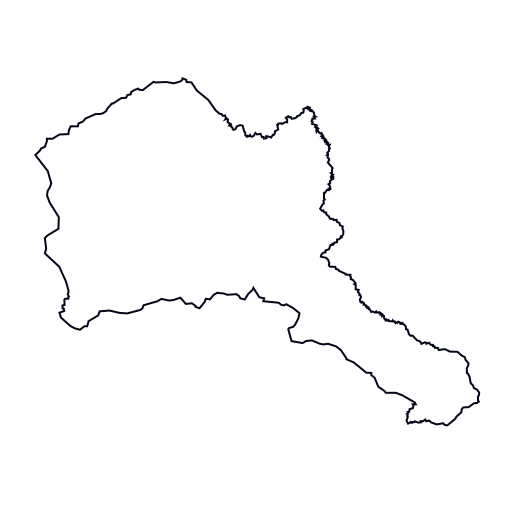 the district of Non Sa-At, Udon Thani, Thailand, rotated 176°
{"feature_id": "78962969B30121377049744", "entity_name": "Non Sa-At", "entity_type": "district", "adm_level": 2, "iso_a3": "THA", "parent_name": "Thailand", "parent_adm1": "Udon Thani", "projection": "mercator", "projection_center": [102.818, 16.969], "detail": "fine", "context": "isolated", "style": "outline", "palette": "ink", "viewbox_px": 512, "rotation_deg": 176, "n_neighbors": 0, "source": "geoboundaries", "source_scale": "gbopen_adm2", "svg_char_len": 6074}
<svg xmlns="http://www.w3.org/2000/svg" viewBox="0 0 512 512"><g transform="rotate(176 256 256)"><path d="M326.1,434.0L333.1,435.8L343.9,436.1L346.1,436.9L357.5,429.3L360.9,430.0L361.8,431.2L365.7,430.1L369.1,428.3L369.7,426.0L373.1,425.5L374.5,422.9L379.4,422.9L388.0,418.1L389.1,418.2L394.1,413.3L395.5,410.9L398.2,409.3L401.3,408.5L406.1,408.8L416.6,405.0L419.3,402.2L423.9,400.5L424.6,397.8L431.8,398.3L433.8,394.7L434.6,390.7L443.6,390.9L450.8,387.2L456.4,387.6L456.6,385.0L459.0,379.7L462.9,378.2L464.2,376.2L469.1,372.1L457.8,355.3L455.2,342.9L456.6,339.3L459.5,335.1L460.2,330.8L458.1,323.7L450.0,308.5L451.2,296.9L462.3,291.2L465.4,288.7L464.8,278.1L466.4,273.3L453.0,259.0L447.4,243.9L445.6,235.4L445.5,233.1L446.5,230.9L445.4,228.6L446.3,227.8L446.2,226.5L449.3,226.7L450.2,225.8L450.4,220.5L452.5,220.2L452.6,217.2L451.4,217.0L451.2,214.5L456.0,213.2L454.9,208.2L446.1,199.2L441.8,196.5L436.7,194.7L432.1,197.9L429.3,197.7L427.5,202.7L417.6,207.7L415.8,211.7L406.0,211.8L396.2,208.8L388.5,207.7L375.4,210.2L373.0,211.6L371.6,214.7L357.6,217.7L353.3,219.8L345.7,217.6L341.2,217.9L334.4,219.7L329.3,213.1L323.2,213.3L319.8,210.4L319.9,209.5L316.0,207.8L310.4,213.8L309.1,216.8L304.9,216.0L300.9,220.2L297.2,222.0L290.3,220.7L287.3,219.3L278.3,219.3L275.7,217.2L274.5,214.8L270.2,213.4L266.6,218.5L261.8,222.5L260.8,224.4L255.6,214.6L250.8,213.2L251.9,210.4L236.7,207.8L234.2,205.5L231.5,204.8L229.2,205.8L222.5,201.4L216.6,195.9L218.1,190.9L221.8,184.7L223.8,182.8L228.0,181.8L228.9,180.7L226.5,168.6L215.6,165.9L212.0,167.7L206.1,167.9L198.6,164.1L195.1,163.1L190.2,163.4L182.5,160.3L177.9,156.2L172.9,147.6L173.0,146.7L165.9,143.0L154.1,131.9L149.1,131.3L149.4,129.2L146.2,126.4L143.1,117.0L137.7,112.8L136.0,110.5L126.1,109.8L120.0,107.0L107.9,98.9L107.0,96.9L110.0,97.1L109.4,95.6L110.2,93.2L113.4,92.6L114.2,89.8L115.5,89.8L115.3,88.8L116.5,87.9L115.7,87.2L116.3,85.6L115.8,85.0L117.3,81.3L116.0,78.2L114.0,79.2L112.4,78.8L112.5,79.6L109.8,79.2L109.2,80.0L105.5,78.4L103.0,78.6L103.1,79.8L101.1,79.5L98.5,81.0L97.9,79.3L94.6,79.7L92.9,77.8L87.5,75.4L80.9,76.1L79.6,74.3L76.9,73.7L68.7,79.6L67.2,81.8L62.2,85.6L61.3,89.1L59.8,90.5L54.5,90.4L48.7,93.9L45.8,93.9L43.9,95.2L44.6,96.3L44.4,100.3L43.3,101.5L42.9,104.2L44.7,107.1L47.9,109.2L48.5,111.6L50.7,114.2L51.4,120.7L52.7,123.8L53.7,124.4L53.6,129.1L51.8,132.3L51.6,134.3L54.3,138.0L54.6,140.4L57.4,142.1L61.8,146.4L69.2,147.1L74.0,149.9L80.4,149.5L81.0,151.7L83.9,151.9L84.2,153.4L85.7,153.6L85.7,155.0L87.9,155.2L89.5,157.4L92.1,156.6L92.2,157.6L93.7,158.1L97.1,156.8L98.0,159.1L101.4,160.8L105.4,165.7L107.3,165.6L108.8,167.3L110.0,172.1L111.5,172.5L111.5,175.5L113.9,178.0L115.5,178.1L115.1,179.0L116.9,178.7L117.3,179.9L118.8,180.5L119.8,179.3L121.0,180.0L121.6,179.5L122.3,181.2L123.8,181.2L124.1,181.9L124.4,181.2L128.3,181.9L128.3,182.9L130.9,182.6L130.6,183.7L131.8,183.7L132.5,184.8L132.5,187.3L133.3,187.9L134.3,187.3L134.1,188.8L135.5,188.8L134.9,189.7L136.1,190.7L136.8,190.3L136.9,191.3L139.7,191.2L140.1,192.3L141.2,191.3L143.9,192.6L144.9,192.1L146.3,195.0L147.0,195.1L147.3,196.8L148.5,196.4L148.6,197.8L149.7,197.7L149.7,199.1L151.9,199.8L151.3,200.7L152.0,202.0L153.3,202.9L153.8,202.0L155.0,202.7L155.5,205.3L154.1,207.6L154.7,209.8L155.6,209.8L155.6,211.8L156.9,212.7L156.0,215.0L158.9,215.8L158.5,220.1L159.9,221.0L158.6,222.0L160.9,225.3L163.1,226.4L162.7,228.1L163.6,229.3L163.1,230.6L167.8,231.2L167.8,231.9L174.3,235.4L174.7,236.6L177.2,237.5L177.6,239.6L182.9,240.2L184.0,241.5L183.4,243.8L184.3,247.2L186.3,249.3L191.3,250.8L190.7,252.9L188.4,254.7L186.4,254.8L186.3,256.6L182.7,257.7L181.0,261.7L178.6,261.8L178.8,262.9L177.5,262.7L176.8,263.9L174.2,264.1L174.0,266.8L172.3,266.8L169.6,268.5L170.3,268.9L169.9,269.8L168.9,269.6L167.5,271.4L167.1,274.8L167.9,277.6L167.3,279.3L170.0,280.8L170.5,283.1L173.0,284.5L173.1,286.5L176.1,286.4L176.5,287.6L179.6,288.0L180.6,290.5L182.9,292.5L182.9,294.4L184.9,294.8L185.7,296.8L187.1,296.4L188.7,298.7L186.0,302.9L184.7,303.5L184.8,306.5L183.5,307.5L184.2,308.8L183.7,314.3L182.7,314.2L180.7,316.9L178.9,316.6L177.6,317.3L178.4,318.2L177.1,318.3L177.6,321.3L178.7,322.6L176.9,323.7L177.1,325.5L175.5,326.5L175.6,328.3L173.6,327.6L173.4,329.5L174.2,329.7L173.2,330.2L174.6,330.2L173.8,331.2L174.9,331.1L174.1,332.1L175.4,333.5L174.3,333.7L174.2,337.1L173.4,338.3L177.8,344.3L176.3,346.6L176.5,348.0L177.8,349.2L177.2,351.6L178.0,351.8L177.0,352.6L177.7,354.0L175.7,355.8L175.7,357.7L174.9,358.2L175.7,359.8L174.9,361.5L176.0,361.1L176.8,362.0L176.2,363.3L177.6,363.2L176.9,364.6L177.7,365.6L179.1,364.8L179.6,366.1L178.5,366.8L179.3,367.1L179.0,368.2L181.1,368.8L180.3,369.4L180.4,370.7L181.5,370.5L181.3,371.6L182.2,371.4L181.5,372.5L182.0,374.0L182.6,373.6L184.4,374.6L185.8,377.3L186.9,375.8L187.1,377.0L185.3,378.6L186.6,379.0L185.9,379.6L187.0,380.2L186.5,381.4L187.8,381.1L187.2,382.5L190.9,384.0L190.1,385.8L191.1,386.5L190.1,389.1L187.7,389.0L188.6,390.9L187.0,391.0L187.9,391.6L188.2,394.8L189.4,396.7L190.2,397.4L190.5,396.6L191.7,396.8L192.0,398.5L192.8,398.5L191.9,400.2L194.2,401.3L194.6,399.6L196.0,400.3L198.6,399.2L198.2,397.8L198.8,395.7L200.7,395.6L202.5,393.3L205.3,392.6L205.4,391.8L207.6,390.7L210.9,390.4L211.6,392.2L213.1,391.9L214.1,393.2L216.6,391.9L215.4,390.1L215.6,387.2L217.2,387.6L220.8,385.9L221.8,386.7L224.7,386.4L225.0,385.0L225.7,385.1L225.0,380.7L228.5,379.0L228.3,377.9L229.3,376.2L230.0,375.4L230.8,375.6L232.6,373.2L237.1,374.9L237.7,374.6L237.1,374.1L237.4,372.8L239.9,372.5L240.5,374.2L241.8,374.3L243.0,377.6L246.5,377.2L248.0,378.8L249.8,376.1L251.5,375.3L252.9,375.7L253.5,377.1L254.5,376.1L255.9,376.5L256.1,375.6L257.0,375.7L258.3,377.5L258.2,380.1L259.1,381.0L260.2,386.9L262.8,387.7L266.1,386.6L267.6,384.1L269.4,383.3L270.4,384.2L270.5,385.6L272.3,387.3L271.6,387.8L272.0,389.4L273.3,388.8L272.8,389.8L275.0,391.6L274.4,394.3L275.3,395.1L277.0,394.5L276.3,395.4L277.1,398.4L279.1,398.0L280.5,400.0L282.4,400.4L286.1,404.1L292.6,414.9L303.5,425.2L308.3,433.7L313.2,434.4L313.3,436.7L316.9,438.3L317.5,436.5L320.0,435.2L326.1,434.0Z" fill="none" stroke="#020617" stroke-width="2"/></g></svg>